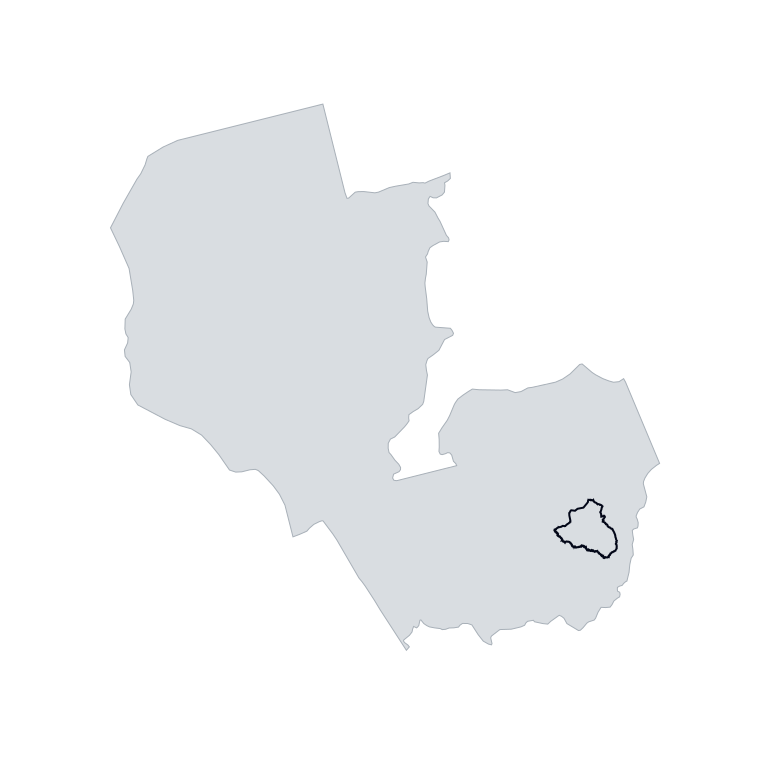 Mungwi, Muchinga, Zambia shown in context, rotated 76°
{"feature_id": "96606910B23171864038647", "entity_name": "Mungwi", "entity_type": "district", "adm_level": 2, "iso_a3": "ZMB", "parent_name": "Zambia", "parent_adm1": "Muchinga", "projection": "mercator", "projection_center": [31.716, -9.991], "detail": "fine", "context": "in_parent", "style": "outline", "palette": "ink", "viewbox_px": 768, "rotation_deg": 76, "n_neighbors": 0, "source": "geoboundaries", "source_scale": "gbopen_adm2", "svg_char_len": 9393}
<svg xmlns="http://www.w3.org/2000/svg" viewBox="0 0 768 768"><g transform="rotate(76 384 384)"><path d="M510.3,509.3L477.6,509.4L465.7,512.1L456.0,516.1L444.3,522.5L437.6,526.9L435.7,529.4L434.8,534.8L434.8,543.2L433.6,549.2L430.1,554.7L412.4,561.4L400.8,566.9L389.5,573.3L380.9,581.8L375.0,592.1L365.3,604.9L344.8,627.9L333.0,632.2L323.1,631.2L311.1,626.4L301.6,625.5L294.6,628.5L288.1,627.6L282.1,622.8L277.1,621.0L273.0,622.3L267.9,622.1L258.4,619.4L250.3,611.2L245.8,607.9L242.4,606.6L232.6,605.2L210.2,603.4L186.9,607.4L166.3,611.6L145.5,593.3L125.4,574.1L121.2,569.2L113.6,562.8L108.2,559.6L106.0,558.0L100.6,540.9L97.7,525.3L97.6,375.6L189.0,375.6L194.9,375.0L195.1,373.4L190.9,365.5L191.1,362.7L192.3,357.3L196.3,346.6L196.5,343.0L194.7,331.3L194.9,324.8L195.9,311.6L195.3,307.1L197.4,301.2L198.1,297.3L199.0,295.6L198.0,291.1L196.1,275.5L195.1,268.9L200.6,269.9L202.4,273.1L203.4,276.6L205.9,276.8L212.4,278.9L214.6,281.8L216.1,288.1L215.2,291.3L213.1,293.9L215.2,296.2L219.6,297.7L222.1,297.3L229.5,293.0L236.2,291.4L239.7,290.3L254.8,287.5L257.8,286.0L259.9,286.0L261.4,287.2L260.0,291.6L259.6,295.6L261.5,303.0L262.9,306.5L266.0,309.0L268.3,310.3L270.8,313.0L276.1,312.6L287.6,316.4L291.2,318.1L296.0,319.9L299.5,320.5L311.4,321.9L324.0,324.0L330.5,324.2L335.2,323.6L338.4,322.5L340.4,321.3L341.3,320.3L346.0,306.1L348.5,305.0L351.6,304.3L353.4,305.6L355.5,314.5L364.6,322.6L367.7,329.4L369.9,335.2L371.9,336.8L375.4,338.8L380.9,339.5L385.8,339.7L410.4,349.6L413.1,351.4L416.1,356.7L417.9,362.6L419.8,367.3L423.0,368.3L425.8,368.6L428.6,371.8L430.7,374.7L438.0,386.4L439.0,391.1L442.5,394.2L447.3,395.5L451.7,395.7L454.3,394.3L460.6,391.8L465.4,389.1L469.0,388.1L471.1,388.7L472.7,390.6L473.8,396.5L477.3,398.4L479.8,397.7L480.8,395.4L480.9,394.2L480.8,333.2L478.6,333.6L475.8,335.3L469.3,335.5L466.8,336.8L466.0,338.8L466.5,341.3L466.6,344.7L465.6,346.4L462.8,347.0L458.7,345.7L451.2,343.9L445.0,342.9L440.5,338.3L434.5,331.4L430.5,327.9L421.0,320.8L419.4,319.3L416.5,316.0L414.0,310.3L411.6,303.7L410.3,299.5L412.6,293.1L418.2,272.0L419.5,265.5L424.1,258.8L424.5,252.9L422.6,245.3L423.1,241.1L423.7,217.1L422.4,209.5L419.3,201.1L412.4,189.4L412.5,186.9L423.0,179.4L426.2,176.5L431.7,170.4L435.4,165.1L437.8,160.9L438.6,155.4L436.8,150.2L440.5,149.2L527.7,135.8L528.9,139.4L531.6,145.3L534.6,149.7L538.3,153.5L541.5,155.8L543.6,156.5L557.1,156.3L561.9,158.6L566.1,161.5L567.2,166.1L569.9,169.0L572.9,171.2L574.2,171.5L576.4,171.0L580.0,170.9L583.3,171.9L584.9,172.9L585.1,176.7L586.1,178.5L590.7,179.1L595.3,179.4L599.8,182.0L604.6,182.5L610.2,183.5L612.8,186.3L618.7,189.2L626.0,191.8L634.0,196.0L634.2,197.3L635.5,199.8L637.0,201.6L637.1,204.3L637.8,206.7L639.8,207.3L641.5,207.5L643.1,205.7L645.2,205.8L647.5,206.9L648.4,209.7L650.2,213.5L653.2,216.1L655.2,218.6L654.5,223.2L653.2,227.4L657.2,231.5L662.5,235.4L663.9,237.2L664.3,243.0L665.1,245.0L668.6,249.8L670.4,253.0L670.3,254.9L660.7,264.5L654.9,266.0L652.3,268.0L650.8,270.0L654.6,279.6L656.6,283.2L654.9,287.8L651.1,295.5L649.4,296.2L649.0,302.1L650.2,304.2L652.1,305.9L652.8,309.9L652.7,319.8L650.3,331.0L654.6,340.8L656.1,341.9L662.0,342.0L663.1,342.8L661.6,345.6L657.5,349.9L649.9,353.3L639.0,357.0L636.7,360.6L635.3,365.8L636.5,368.8L637.9,370.5L637.5,375.1L636.5,379.8L636.9,383.6L636.4,386.9L634.9,388.6L633.0,393.6L630.7,398.6L628.8,400.9L626.1,403.3L621.8,405.3L621.9,406.3L626.8,408.7L628.0,410.3L628.5,411.4L626.4,413.9L628.7,415.5L631.4,416.8L634.0,420.1L637.0,426.5L637.6,427.1L638.4,427.2L640.0,426.5L643.0,424.0L645.2,423.0L647.8,426.7L602.3,442.3L591.6,445.6L575.6,451.1L570.4,453.2L566.3,455.2L523.9,467.5L517.2,469.9L502.2,476.2L501.7,477.2L501.9,480.0L503.2,486.0L505.9,491.3L508.1,494.4L509.5,502.4L510.3,509.3Z" fill="#d9dde1" stroke="#a8b0b8" stroke-width="1"/><path d="M606.0,212.8L605.7,211.5L605.8,211.5L605.7,211.3L605.9,211.2L605.8,210.9L606.1,210.3L606.1,209.6L606.2,209.4L606.3,209.4L606.4,209.2L606.3,208.6L605.9,208.3L606.2,207.9L605.9,207.8L605.9,207.6L605.1,207.5L604.9,207.3L605.0,207.1L604.9,206.9L604.5,206.6L604.5,206.1L604.0,206.0L603.6,205.6L603.3,205.4L603.4,204.9L603.3,204.6L603.0,204.4L602.8,204.3L602.6,204.1L602.5,203.9L602.6,203.7L602.4,203.4L602.5,202.8L602.3,202.7L602.3,202.3L602.2,202.2L602.0,201.6L602.1,201.1L601.8,200.9L601.9,200.5L601.7,199.7L601.1,199.4L599.9,198.0L599.2,198.0L598.6,197.6L598.1,197.6L597.7,197.4L597.3,197.5L596.6,197.2L595.5,197.7L595.3,197.5L594.9,197.6L594.1,196.7L593.3,196.9L592.8,196.2L592.4,196.0L592.2,196.2L591.8,196.2L591.6,196.3L590.6,196.4L590.4,196.3L590.1,196.4L589.3,196.3L588.8,196.5L587.6,196.3L587.4,196.4L587.1,196.4L586.7,196.2L586.3,196.3L585.7,196.2L585.4,196.4L584.5,196.6L583.7,196.5L582.5,197.0L581.8,197.0L580.7,197.5L580.4,197.3L580.0,197.4L579.5,197.8L579.3,198.6L579.0,198.8L578.6,199.0L578.3,199.4L577.6,199.7L577.5,200.3L577.2,200.7L576.5,201.1L576.2,201.4L575.3,201.2L575.0,201.3L574.7,201.5L574.4,201.5L574.1,201.8L574.1,202.3L573.8,202.6L573.3,202.7L573.0,202.6L572.9,202.7L572.7,203.0L572.3,203.0L572.1,203.3L571.8,203.3L570.8,204.6L570.6,204.5L570.7,204.8L570.5,205.1L569.5,204.6L568.6,204.6L567.5,202.9L567.0,202.5L566.6,201.9L566.4,201.8L565.7,201.9L565.3,202.2L565.6,202.4L565.2,202.8L565.3,203.3L565.3,204.4L565.4,204.8L565.3,205.3L564.6,205.1L564.2,204.9L564.0,205.0L563.8,204.8L563.5,204.9L562.8,204.8L562.3,205.0L561.9,204.8L560.6,205.2L559.8,204.3L559.0,203.9L558.4,203.4L557.8,203.2L557.3,202.9L557.0,202.9L556.4,202.4L555.7,201.6L555.4,201.6L555.0,202.1L554.2,202.3L554.0,202.8L553.7,203.0L553.6,203.4L553.3,203.6L553.4,203.9L552.8,204.3L552.4,204.9L552.3,205.7L552.4,205.9L552.0,206.2L551.4,206.3L551.1,206.5L550.9,206.6L550.5,207.0L550.4,207.3L550.1,207.6L550.1,207.8L549.3,208.4L549.2,208.6L548.7,208.6L548.0,209.0L547.7,209.0L547.8,209.1L547.4,209.3L547.5,209.5L547.3,209.7L547.4,209.9L547.1,210.2L547.2,210.3L547.1,210.5L546.9,210.6L546.7,210.9L546.9,211.3L546.8,211.6L546.5,211.6L546.2,211.9L546.3,212.2L546.2,212.3L546.2,212.5L546.0,212.9L546.0,213.2L546.1,213.3L546.0,213.7L545.9,213.8L546.7,214.3L547.9,214.7L548.8,215.8L552.2,220.4L551.9,226.4L553.2,229.3L551.8,232.9L552.4,233.9L552.8,234.1L553.3,234.7L553.8,235.0L554.0,235.5L556.6,236.0L561.6,236.2L562.4,236.4L562.3,236.6L563.4,237.3L563.5,238.0L563.7,238.3L564.0,238.7L564.2,239.9L564.5,240.2L564.6,240.6L565.3,242.0L565.7,242.4L565.7,242.9L565.5,243.0L565.5,243.4L564.9,244.7L564.9,245.2L565.4,246.3L565.3,246.6L565.4,247.7L565.3,248.3L565.3,249.2L565.2,249.3L565.4,249.4L565.4,250.0L565.8,251.2L566.0,251.7L566.5,252.1L566.4,252.8L566.5,252.9L566.5,253.7L567.1,254.0L567.4,254.1L567.9,253.8L568.5,253.7L568.4,253.3L568.8,253.1L568.8,252.8L569.3,252.5L569.2,252.8L569.6,252.9L569.9,252.2L570.2,252.0L570.7,252.1L570.9,252.0L570.8,251.8L571.0,251.6L571.3,251.6L571.3,251.8L571.7,251.5L571.8,251.6L571.8,251.9L572.0,251.8L572.4,252.0L572.6,251.8L572.8,251.9L572.8,252.1L572.7,252.1L572.8,252.3L573.3,252.1L573.5,251.6L573.9,251.6L574.2,251.4L574.3,251.1L574.2,250.9L574.4,250.8L574.3,250.6L574.4,250.4L574.6,250.4L574.7,250.1L575.2,250.1L575.6,249.7L576.0,249.7L576.0,249.4L576.2,249.2L576.3,249.2L576.7,249.0L577.0,248.9L577.0,249.0L577.3,249.1L577.5,249.0L577.9,249.0L578.2,249.1L578.1,248.9L578.4,248.7L578.6,248.9L578.6,248.7L578.8,248.5L579.5,248.7L579.8,248.5L580.1,248.4L580.1,248.2L580.5,248.0L580.7,247.6L580.5,247.4L580.7,247.2L581.2,247.0L581.0,246.9L581.4,246.4L581.2,246.3L581.3,246.2L580.9,245.1L581.5,243.9L581.4,243.6L581.8,243.1L581.8,242.8L582.1,242.3L582.4,242.1L582.8,242.0L583.1,241.5L583.8,241.6L584.2,241.3L584.1,241.2L584.4,241.1L584.5,240.9L585.0,240.8L585.2,240.6L585.6,240.9L586.7,240.5L587.0,240.6L587.4,240.0L587.4,239.6L587.6,239.6L587.5,239.4L587.6,238.9L587.7,239.0L587.9,238.9L588.2,238.9L588.0,238.7L587.9,238.3L587.9,238.1L588.1,238.1L588.1,237.8L588.4,237.6L588.5,237.7L588.6,237.4L588.8,237.3L589.0,237.4L589.1,237.5L589.2,237.4L589.2,236.8L589.0,236.6L589.4,234.9L589.3,234.5L589.1,234.5L589.1,234.3L588.9,234.3L589.2,234.2L589.1,233.9L589.3,233.7L589.4,233.8L589.5,233.6L589.4,232.6L589.5,232.3L588.9,232.2L588.8,231.8L588.5,231.6L588.4,231.3L588.6,231.2L588.7,231.4L589.2,231.1L589.3,230.8L589.1,230.8L588.9,230.2L589.0,230.1L589.2,229.9L589.3,230.1L589.6,229.8L589.5,229.7L589.2,229.6L589.4,229.2L589.6,229.2L589.6,229.5L589.8,229.3L589.9,229.5L590.0,229.3L590.5,229.3L590.5,229.1L590.4,229.1L590.7,228.8L590.8,228.3L590.6,228.2L590.7,227.6L591.2,227.8L591.2,227.5L591.6,227.5L591.8,227.6L592.1,227.7L592.3,228.0L593.0,227.6L593.3,227.5L593.2,227.2L593.4,227.0L593.5,227.0L593.8,226.9L593.9,226.7L593.9,226.4L594.2,226.6L594.2,226.4L595.0,226.3L595.1,225.8L594.9,225.6L594.8,224.8L595.1,224.7L595.4,224.2L595.9,224.2L596.0,224.0L595.9,223.8L596.0,223.6L595.6,223.4L595.3,223.0L595.2,222.7L595.4,222.5L595.6,222.1L595.8,222.2L595.9,221.9L596.0,222.0L596.3,221.9L596.5,221.9L596.4,221.3L596.7,221.3L596.8,221.0L597.3,220.7L597.2,220.6L597.6,220.2L597.2,219.4L597.3,219.0L597.7,218.9L597.5,218.3L597.6,218.2L597.8,218.3L597.9,218.2L598.0,217.9L597.8,217.4L598.3,217.4L598.7,217.2L598.9,216.9L599.5,216.3L599.8,216.3L599.9,216.2L600.5,216.2L600.6,215.9L600.9,215.6L601.1,215.6L601.1,215.8L601.2,215.7L601.5,215.1L602.3,215.0L602.4,214.5L602.8,214.7L603.4,214.5L603.3,214.3L603.2,214.2L603.3,213.9L603.4,214.1L603.6,214.0L603.5,213.3L603.9,213.1L604.3,213.1L604.7,212.7L604.9,212.9L605.1,212.7L605.5,213.0L605.7,212.8L605.9,212.9L606.0,212.8Z" fill="none" stroke="#020617" stroke-width="2"/></g></svg>